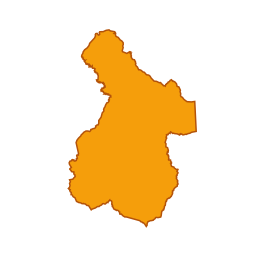 the district of West Gonja, Northern, Ghana, rotated 258°
{"feature_id": "2480657B54445116346139", "entity_name": "West Gonja", "entity_type": "district", "adm_level": 2, "iso_a3": "GHA", "parent_name": "Ghana", "parent_adm1": "Northern", "projection": "mercator", "projection_center": [-1.753, 9.223], "detail": "fine", "context": "isolated", "style": "filled", "palette": "amber", "viewbox_px": 256, "rotation_deg": 258, "n_neighbors": 0, "source": "geoboundaries", "source_scale": "gbopen_adm2", "svg_char_len": 5864}
<svg xmlns="http://www.w3.org/2000/svg" viewBox="0 0 256 256"><g transform="rotate(258 128 128)"><path d="M34.1,138.7L34.1,141.5L35.3,142.2L39.5,143.7L40.6,145.9L41.0,145.6L42.1,146.8L43.9,147.4L44.6,148.4L47.7,149.4L48.7,150.2L48.4,150.4L48.6,150.6L50.0,151.2L50.6,152.0L50.6,152.5L51.1,153.6L50.8,154.0L51.3,154.9L52.0,155.5L52.0,156.0L54.6,158.0L55.6,157.9L56.2,158.6L56.9,158.3L57.3,158.5L57.8,159.9L58.5,159.9L60.0,161.8L60.9,164.1L62.6,164.5L62.8,165.3L65.2,165.1L65.8,165.7L68.5,164.8L69.2,165.3L70.1,165.1L70.7,165.5L71.1,165.4L71.5,166.2L72.2,166.2L73.7,167.6L74.3,167.5L75.3,166.8L76.5,167.8L76.8,167.6L77.0,168.2L77.3,168.1L77.3,166.8L79.2,165.0L80.2,164.8L81.5,162.6L83.6,162.4L84.2,163.0L84.7,162.4L85.5,163.4L86.3,162.8L87.8,162.9L88.3,161.1L88.8,161.1L89.6,161.7L90.3,161.5L91.8,161.9L92.3,161.6L92.4,161.9L93.8,161.5L94.0,160.8L94.5,160.6L95.5,161.1L95.7,161.8L96.4,161.6L96.7,161.7L96.4,162.3L97.7,162.8L100.5,162.6L101.7,161.1L104.7,161.9L106.1,161.3L109.6,163.2L110.1,163.8L111.0,163.3L112.7,164.4L113.3,164.2L113.6,165.1L113.2,165.7L114.3,166.9L114.3,167.7L114.8,168.2L114.3,168.3L115.2,169.1L113.4,170.6L113.5,171.3L112.8,172.5L112.0,175.0L110.4,177.0L110.8,177.6L111.3,177.6L111.5,178.4L110.9,178.7L110.9,179.4L109.8,180.3L109.9,183.4L109.6,183.8L110.0,185.3L110.0,187.5L110.6,189.4L110.5,194.0L140.1,198.8L140.3,195.5L141.5,191.2L144.3,188.7L146.7,187.6L147.6,186.4L148.9,186.1L150.5,186.7L152.9,186.5L154.0,187.1L157.6,186.3L158.5,184.7L161.3,184.6L163.5,183.3L164.1,182.4L164.2,181.6L164.8,181.2L165.1,181.4L165.4,180.8L166.2,180.5L165.9,179.3L164.8,178.1L164.5,176.7L163.6,176.1L163.4,175.1L162.8,174.6L162.7,173.9L161.2,173.2L161.7,172.7L161.7,171.9L162.3,171.2L163.2,171.0L164.4,169.8L165.3,169.6L165.8,169.1L165.8,168.0L167.7,165.6L168.4,163.3L172.1,161.0L174.0,160.4L175.0,159.7L175.5,159.1L176.3,157.1L179.1,155.6L179.7,154.3L181.6,152.9L182.6,151.5L182.8,150.5L185.7,149.9L187.0,148.9L188.5,148.6L189.0,148.6L189.5,149.1L191.0,148.9L191.7,149.1L192.2,148.6L193.4,148.5L194.2,146.7L196.5,145.9L197.0,146.1L197.5,145.9L198.0,146.3L198.6,146.1L199.8,146.4L200.1,146.0L200.7,146.7L201.0,146.0L201.2,146.3L201.9,145.9L202.0,146.1L202.3,145.6L201.2,142.4L203.8,138.5L204.9,138.5L207.7,140.0L209.4,139.9L210.6,140.7L212.5,141.0L214.5,140.0L215.7,138.7L218.6,137.3L220.1,135.3L221.9,135.1L222.9,135.5L223.4,134.1L224.2,135.4L225.0,134.9L226.7,130.8L227.9,129.9L228.1,126.9L227.4,123.8L228.0,120.4L227.5,119.8L225.6,119.8L225.0,119.0L225.0,118.4L227.0,117.4L227.0,116.1L226.1,115.4L224.8,115.3L223.0,114.0L218.8,108.1L216.9,107.1L214.9,104.8L213.5,101.8L211.8,100.0L210.3,99.3L209.2,98.2L207.8,97.5L206.7,97.7L206.9,98.1L206.7,98.5L205.1,98.3L205.1,98.6L204.7,98.4L204.1,98.8L203.8,99.4L202.8,99.2L202.9,100.0L202.6,99.6L201.6,99.5L200.7,100.2L199.4,100.1L198.9,100.9L199.3,101.5L198.5,102.0L198.8,102.3L198.5,103.3L197.8,103.6L198.1,103.1L198.0,102.8L197.3,103.2L197.4,102.8L197.0,102.8L197.1,103.2L196.4,102.9L196.6,103.3L195.8,103.5L196.0,103.7L195.6,104.2L195.9,104.6L195.4,105.0L196.0,105.8L194.7,105.5L193.9,105.7L193.5,107.3L192.6,108.1L191.4,107.0L190.6,107.5L190.5,107.2L190.1,107.1L189.9,107.6L189.4,107.5L189.3,108.2L188.5,108.2L188.2,109.3L187.8,109.5L187.0,109.3L186.9,109.6L186.5,109.4L185.4,109.8L181.5,108.7L181.6,107.2L180.6,107.3L180.9,107.7L180.4,108.1L179.4,108.0L179.0,108.3L179.3,108.8L179.3,109.4L178.8,109.3L178.6,109.7L178.3,109.3L178.1,109.7L178.4,109.7L178.7,110.3L177.8,110.5L178.2,110.6L178.2,111.0L177.8,112.2L177.6,112.2L177.7,112.8L176.9,112.6L176.7,112.9L177.1,113.0L177.2,113.4L176.5,113.8L176.3,113.7L176.5,112.9L176.0,113.2L176.0,113.7L175.3,113.5L174.5,114.2L173.3,114.2L173.6,113.4L173.1,113.2L173.2,113.7L172.7,113.7L172.7,113.1L172.0,112.6L172.0,112.3L172.4,112.5L172.5,112.0L171.9,111.8L171.8,110.9L172.0,110.7L171.6,110.6L171.5,110.0L170.9,109.4L170.3,109.4L170.5,109.6L169.6,110.0L169.9,110.4L169.0,110.8L168.8,111.5L167.9,111.4L166.9,112.0L167.0,112.7L166.5,112.7L166.2,112.1L166.1,112.6L165.4,112.7L165.7,112.8L165.4,113.4L166.2,114.2L165.8,114.7L164.9,114.9L164.7,115.4L165.3,115.8L165.2,116.1L164.3,116.0L163.8,117.3L163.2,117.4L163.2,117.8L161.9,117.7L162.0,116.9L161.4,115.9L160.1,115.8L159.9,115.1L159.4,114.7L158.6,115.3L158.2,115.0L157.1,113.9L157.0,112.5L154.8,110.6L153.7,110.1L152.5,108.8L151.2,108.0L150.7,108.1L149.5,107.8L148.2,106.0L144.1,103.9L141.5,101.0L138.8,100.4L137.3,99.5L137.4,98.3L136.6,96.7L135.8,96.8L134.9,95.9L134.5,94.9L134.7,93.8L134.3,92.6L134.4,91.7L134.1,91.2L133.4,91.1L132.5,89.8L133.3,88.4L133.8,86.3L132.9,83.6L132.1,82.8L131.1,80.9L130.0,80.1L128.3,77.4L126.6,75.5L124.5,74.2L113.2,74.3L112.8,73.9L111.9,73.8L112.2,72.5L111.8,72.1L108.6,72.1L108.6,71.1L107.0,70.7L106.7,69.4L106.9,68.5L108.1,68.4L108.0,67.8L108.6,67.3L108.6,66.6L107.7,66.2L107.6,64.3L106.2,63.2L104.6,63.2L101.2,64.4L100.3,62.7L99.8,62.5L97.9,63.6L97.2,63.6L96.7,64.3L96.3,65.9L94.3,65.5L93.5,65.8L93.0,66.4L92.0,66.1L91.4,66.2L90.3,64.4L89.4,63.4L89.5,60.1L87.3,60.5L86.0,59.3L84.0,59.4L82.2,58.5L81.3,57.2L80.9,57.7L80.5,57.5L79.7,58.6L79.0,58.0L77.6,58.3L76.8,59.1L75.1,58.6L75.2,58.9L72.0,60.2L70.9,61.6L66.8,62.4L66.5,63.1L65.5,64.0L64.5,66.4L63.8,66.9L63.3,68.1L63.4,68.9L63.0,69.1L62.6,70.4L60.8,71.7L60.3,73.3L55.6,75.0L56.1,75.9L56.6,79.6L57.5,81.7L57.2,83.4L57.7,84.0L58.2,86.1L59.2,87.4L59.1,88.5L58.4,89.7L58.5,90.3L59.6,91.8L59.2,92.9L59.9,93.2L61.3,95.1L60.8,95.1L60.9,95.6L60.0,96.7L58.4,96.8L57.1,96.3L56.6,96.6L56.2,96.3L55.9,96.7L55.2,96.8L54.4,96.3L53.4,97.1L52.0,97.1L50.5,98.7L50.7,99.0L49.7,99.7L49.8,100.4L49.1,101.5L48.0,101.8L47.5,102.4L46.8,102.1L45.4,102.2L45.2,103.6L43.4,104.6L41.7,106.3L41.3,108.0L34.9,120.3L33.7,121.0L33.0,122.3L32.3,122.6L32.2,123.3L30.5,124.4L27.9,125.4L29.0,126.5L30.3,126.7L32.2,128.0L32.7,130.7L32.5,131.9L32.6,133.7L33.0,133.9L33.6,135.5L34.5,136.3L34.7,136.9L34.1,138.7Z" fill="#f59e0b" stroke="#b45309" stroke-width="1.5"/></g></svg>